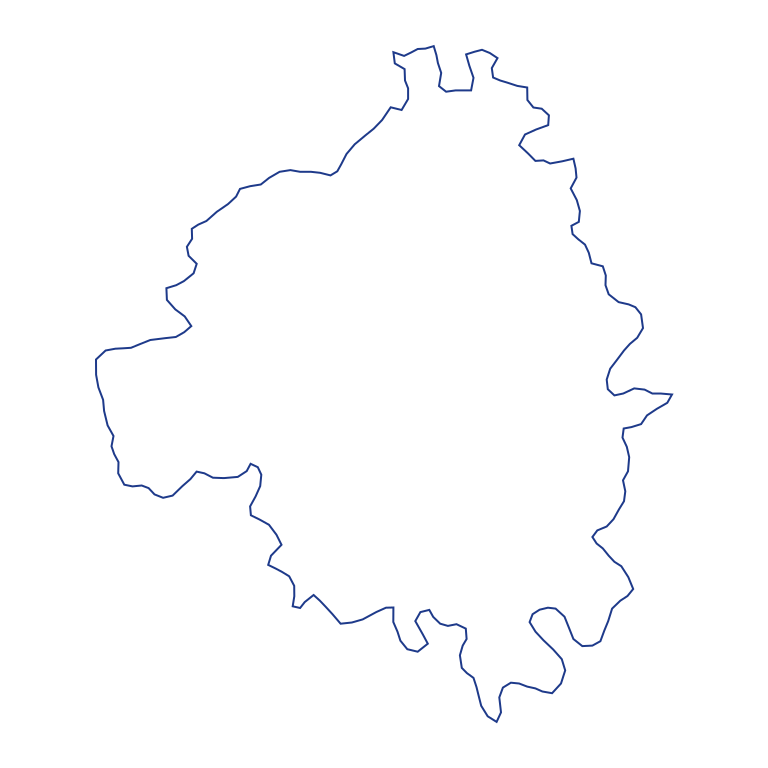 the district of Brunópolis, Santa Catarina, Brazil
{"feature_id": "56859067B13796329271390", "entity_name": "Brunópolis", "entity_type": "district", "adm_level": 2, "iso_a3": "BRA", "parent_name": "Brazil", "parent_adm1": "Santa Catarina", "projection": "mercator", "projection_center": [-50.839, -27.348], "detail": "fine", "context": "isolated", "style": "outline", "palette": "blue", "viewbox_px": 768, "rotation_deg": 0, "n_neighbors": 0, "source": "geoboundaries", "source_scale": "gbopen_adm2", "svg_char_len": 3295}
<svg xmlns="http://www.w3.org/2000/svg" viewBox="0 0 768 768"><path d="M466.1,54.4L469.3,65.6L473.5,77.8L471.1,90.4L463.4,90.4L455.6,90.4L446.1,91.7L439.0,86.1L441.2,72.9L437.9,63.0L436.4,55.1L433.7,46.1L425.4,48.6L417.7,49.0L411.1,52.5L404.1,55.9L393.4,52.2L394.8,63.4L404.6,69.1L405.0,80.5L408.1,88.3L408.1,99.0L401.6,110.0L390.7,107.3L382.1,120.0L373.7,128.7L365.5,135.3L354.7,144.3L346.5,154.0L341.1,164.5L337.3,171.3L330.5,175.4L320.1,172.8L310.9,171.8L300.1,171.8L290.4,170.1L279.6,171.8L269.1,177.9L260.8,184.5L250.1,186.2L240.0,188.9L236.1,196.6L228.1,204.0L216.8,211.8L206.4,221.0L198.3,224.6L191.8,228.8L192.1,238.8L186.9,246.8L188.6,255.8L196.7,263.8L193.6,273.3L183.9,281.1L176.2,285.2L166.4,288.2L166.9,299.9L175.3,309.4L184.7,316.4L191.3,326.1L184.2,332.2L175.8,337.0L165.7,338.1L150.3,340.0L140.5,343.9L131.0,347.8L123.1,348.3L115.4,348.7L105.6,350.5L96.0,359.5L96.1,374.8L98.4,387.4L103.1,399.8L104.1,411.0L107.6,425.4L113.5,436.0L111.5,446.3L114.2,454.1L118.5,462.1L118.2,473.3L124.3,484.7L132.5,486.4L141.7,485.5L148.6,488.1L154.5,494.4L163.1,497.8L172.6,495.6L182.4,486.1L190.4,479.1L196.6,471.6L204.4,473.3L212.9,477.7L223.9,478.1L237.8,476.9L246.7,471.1L250.6,463.8L257.8,467.2L261.3,474.7L260.2,486.1L255.6,496.4L250.1,506.4L250.9,515.3L259.5,519.5L269.0,524.8L276.5,534.8L281.5,544.8L271.0,555.7L268.2,564.9L275.6,568.5L282.0,571.9L289.2,576.3L294.2,585.8L294.3,596.3L292.7,606.3L300.1,608.0L304.7,602.1L313.6,595.0L319.8,600.6L325.6,606.7L332.5,614.2L340.6,623.7L351.9,622.5L362.7,619.4L376.4,612.0L386.0,607.7L393.4,607.5L393.3,622.0L397.5,631.7L400.4,640.7L407.3,649.2L417.7,651.7L427.8,643.7L422.7,634.2L415.3,621.1L420.4,612.1L429.3,609.9L433.2,616.9L440.2,623.7L447.9,625.9L456.5,624.2L465.8,628.6L466.6,639.0L462.7,645.6L459.9,655.3L461.8,667.9L466.9,673.1L473.5,677.9L476.5,687.1L478.5,695.2L481.2,705.8L487.7,716.3L496.6,721.9L501.0,712.4L499.3,697.4L502.9,687.6L510.9,682.7L519.1,683.5L527.2,686.6L535.4,688.4L542.4,691.5L552.1,693.2L561.0,683.5L565.2,670.4L561.8,659.2L553.2,649.5L543.5,640.3L535.5,631.7L529.6,622.1L532.6,614.2L539.6,609.7L547.9,607.7L555.6,608.6L564.5,616.7L569.4,628.9L573.4,639.0L582.3,646.1L592.4,645.6L600.4,641.2L604.3,630.6L608.2,621.1L612.1,608.6L620.3,600.7L627.5,596.0L633.2,589.0L628.3,577.1L621.3,566.2L614.4,561.8L608.7,555.7L602.8,548.4L596.6,543.5L592.4,537.0L597.3,530.4L606.7,526.5L613.5,519.2L618.9,509.5L624.0,501.2L625.3,491.3L623.0,480.3L628.0,471.3L629.2,457.2L626.8,446.8L622.5,437.6L623.7,428.5L631.4,427.1L641.1,424.1L647.0,415.4L656.9,408.8L667.3,402.8L672.0,394.5L660.4,393.5L652.3,393.5L644.6,389.6L634.2,388.4L623.3,393.5L614.4,395.4L607.8,389.2L606.7,379.6L610.2,368.7L616.2,360.9L624.0,350.5L629.9,343.9L637.2,337.8L643.0,328.1L641.1,314.4L635.4,307.2L628.7,304.4L618.6,302.1L608.7,294.3L605.5,285.2L605.8,275.5L602.8,266.3L591.5,263.3L588.8,252.8L585.0,244.6L578.3,239.3L572.6,234.1L571.4,225.8L578.8,221.9L579.9,211.0L576.8,200.1L570.7,188.4L576.5,177.6L575.6,168.4L573.4,158.7L562.2,161.3L550.1,163.5L543.5,160.4L535.4,160.9L528.1,153.5L519.2,145.2L525.0,134.5L536.1,129.5L548.2,125.1L548.9,115.3L541.7,108.7L533.4,107.5L527.4,100.0L527.2,87.5L517.3,85.9L507.2,82.6L500.2,80.5L493.1,77.5L491.8,68.1L497.5,58.1L489.8,53.0L482.0,49.8L474.7,51.7L466.1,54.4Z" fill="none" stroke="#1e3a8a" stroke-width="2"/></svg>